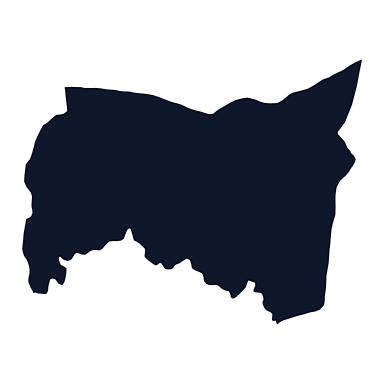 Kaoh Soutin, Kâmpóng Cham, Cambodia (Equal Earth projection)
{"feature_id": "14789045B43431030516804", "entity_name": "Kaoh Soutin", "entity_type": "district", "adm_level": 2, "iso_a3": "KHM", "parent_name": "Cambodia", "parent_adm1": "Kâmpóng Cham", "projection": "equal_earth", "projection_center": [105.361, 11.887], "detail": "fine", "context": "isolated", "style": "filled", "palette": "ink", "viewbox_px": 384, "rotation_deg": 0, "n_neighbors": 0, "source": "geoboundaries", "source_scale": "gbopen_adm2", "svg_char_len": 3816}
<svg xmlns="http://www.w3.org/2000/svg" viewBox="0 0 384 384"><path d="M155.8,96.8L153.1,95.9L148.5,95.0L143.8,94.4L140.3,94.1L137.0,93.8L133.2,93.2L129.6,92.4L126.5,92.2L123.1,92.2L119.5,91.7L116.6,91.0L113.6,90.6L109.6,90.3L105.7,90.0L100.5,89.1L96.6,88.7L84.3,88.8L81.3,87.9L76.6,87.8L71.7,87.6L65.5,87.9L65.9,90.8L66.4,96.3L67.3,104.0L67.8,107.8L68.0,111.5L65.8,113.1L63.8,114.6L60.9,115.2L56.7,115.6L52.4,118.9L48.9,122.3L46.0,124.5L43.4,126.0L37.8,137.1L35.5,142.9L34.1,148.7L32.4,154.7L30.8,159.2L27.5,163.3L26.5,164.8L25.9,169.4L25.2,176.0L24.9,181.4L26.8,186.1L29.7,189.9L31.6,192.4L32.8,196.2L32.5,200.6L32.2,206.2L33.0,209.7L33.2,213.5L31.9,216.4L30.3,218.0L26.9,219.5L25.9,225.0L24.3,234.3L24.0,239.3L23.4,244.8L23.0,248.6L23.6,252.3L24.9,256.0L26.9,258.4L28.0,260.8L29.7,265.6L30.3,268.8L30.2,273.8L29.2,277.8L29.0,281.6L29.7,283.4L31.4,287.5L33.3,290.6L33.8,292.1L34.8,291.6L38.3,292.7L42.9,293.1L45.8,293.3L47.3,290.6L47.7,285.9L49.5,278.9L52.2,277.6L55.9,278.7L59.0,283.1L61.9,284.3L63.3,282.5L64.4,279.6L65.6,272.8L65.7,268.5L62.2,266.4L60.5,265.6L59.6,264.4L59.0,262.4L57.9,259.1L58.7,256.1L60.6,256.0L63.8,258.9L67.6,260.4L70.7,259.0L72.1,257.1L74.3,253.5L76.4,252.0L78.7,252.6L82.1,253.8L85.0,254.0L88.1,251.9L90.3,250.1L93.3,249.3L96.4,249.2L99.2,249.7L101.8,248.4L104.0,245.7L107.4,242.1L109.4,240.7L113.1,240.3L116.7,240.4L120.7,239.9L123.3,238.2L124.4,234.8L126.5,229.7L128.3,228.1L130.2,227.4L131.4,228.9L132.8,233.4L134.5,239.9L136.9,241.0L140.3,243.2L143.0,245.9L145.5,248.3L146.0,250.9L145.4,254.6L145.4,256.5L147.0,258.3L148.6,259.7L150.6,261.1L153.3,263.2L155.6,264.6L156.9,264.2L159.2,262.4L161.6,262.3L163.3,265.1L165.4,268.1L167.7,268.7L170.8,268.6L172.5,267.6L173.8,265.3L175.8,263.8L178.5,262.9L179.6,262.4L180.9,261.3L184.0,259.4L186.2,257.9L187.0,257.7L190.0,259.3L191.0,260.7L192.0,264.0L192.6,267.7L194.7,269.2L197.1,270.4L199.7,271.3L202.4,272.8L203.4,274.1L204.1,276.5L204.7,280.7L205.7,281.9L206.7,283.2L208.9,284.1L211.4,284.4L214.8,284.2L217.3,284.3L219.4,285.6L221.7,287.7L225.1,289.7L229.2,290.4L230.6,292.9L231.7,297.1L233.0,297.8L234.9,297.0L238.3,294.1L241.9,290.4L245.3,286.6L247.0,281.5L248.0,279.6L249.9,280.0L252.1,280.9L254.6,281.8L255.5,282.0L256.1,285.8L254.3,289.7L254.2,290.9L255.4,291.6L257.4,291.7L259.9,292.0L261.3,292.4L262.1,292.9L262.9,294.0L263.4,295.5L264.0,297.4L264.4,299.3L263.3,302.3L263.5,304.2L264.3,306.0L265.6,308.5L267.3,309.9L271.1,311.7L273.1,313.5L273.0,316.1L272.7,319.8L274.0,320.3L276.5,319.5L276.9,321.9L277.3,323.3L278.4,322.5L279.6,321.5L282.4,320.0L284.5,319.1L287.9,318.2L293.3,316.4L299.1,314.7L303.8,313.6L307.6,312.3L311.2,311.4L315.0,310.8L319.7,308.8L323.3,304.8L324.0,300.7L324.1,296.0L325.3,287.4L325.6,279.0L325.7,276.0L326.9,268.7L327.9,263.1L328.8,249.9L329.4,245.1L329.8,240.0L330.7,229.9L332.1,223.1L334.6,214.8L334.8,206.6L334.7,200.5L334.7,196.1L335.1,192.0L335.9,186.9L337.8,183.3L339.6,180.2L342.3,177.7L345.0,175.3L348.5,171.2L350.3,168.0L352.5,164.9L354.4,161.3L354.9,159.1L353.1,156.0L351.8,154.8L350.4,153.6L349.4,151.1L347.2,148.7L346.4,147.7L345.1,144.4L343.9,141.8L341.3,139.0L339.3,136.7L337.3,134.6L337.0,131.8L344.4,121.7L351.4,104.2L356.3,85.1L358.6,72.6L361.0,60.7L358.6,61.7L356.0,62.8L352.0,65.1L348.0,67.5L344.8,69.9L341.5,71.7L337.1,73.7L333.0,75.8L329.3,78.1L325.8,79.2L322.7,80.4L319.3,82.6L314.6,85.8L307.8,89.5L300.4,91.6L293.0,93.4L289.1,95.6L286.2,98.3L282.8,100.9L277.6,103.8L269.9,104.1L264.3,103.6L260.2,102.5L258.6,101.8L255.0,100.3L247.7,98.4L242.2,99.1L235.4,100.9L229.9,103.7L225.2,106.5L220.6,109.1L217.0,111.5L213.8,114.2L212.2,114.9L208.9,114.9L203.5,113.3L200.2,112.2L196.3,111.4L191.7,110.0L188.0,108.7L184.8,107.2L181.3,105.4L176.6,104.0L175.4,103.7L173.7,103.3L171.0,102.5L166.8,100.9L163.0,99.5L158.8,97.8L155.8,96.8Z" fill="#0f172a" stroke="#020617" stroke-width="1.5"/></svg>